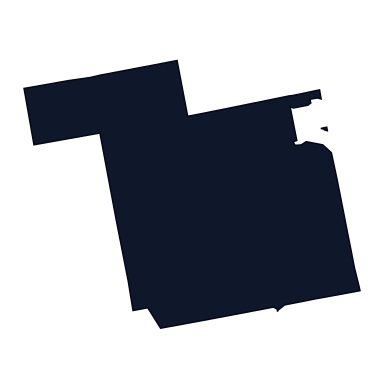 the district of Sandoval, New Mexico, United States of America, rotated 349°
{"feature_id": "52423323B31850175994071", "entity_name": "Sandoval", "entity_type": "district", "adm_level": 2, "iso_a3": "USA", "parent_name": "United States of America", "parent_adm1": "New Mexico", "projection": "orthographic", "projection_center": [-106.623, 35.709], "detail": "fine", "context": "isolated", "style": "filled", "palette": "ink", "viewbox_px": 384, "rotation_deg": 349, "n_neighbors": 0, "source": "geoboundaries", "source_scale": "gbopen_adm2", "svg_char_len": 967}
<svg xmlns="http://www.w3.org/2000/svg" viewBox="0 0 384 384"><g transform="rotate(349 192 192)"><path d="M111.5,297.1L126.5,297.2L135.2,319.7L185.3,320.2L227.6,320.4L234.9,320.5L241.8,320.5L248.8,320.5L249.4,320.5L250.0,320.5L253.3,323.2L253.1,325.7L253.9,324.4L261.2,320.6L262.6,320.5L263.7,320.5L267.9,320.5L282.8,320.5L292.3,320.4L304.4,320.6L338.1,320.9L337.9,314.9L337.0,297.8L337.0,278.7L336.9,261.6L336.9,245.2L336.9,238.9L336.8,207.0L336.3,180.1L329.4,170.7L313.7,164.4L308.3,166.6L302.2,165.9L300.7,162.0L304.7,161.4L304.6,127.0L307.6,128.9L322.3,128.9L325.6,127.3L325.5,123.5L333.1,123.6L336.5,125.3L336.7,116.1L308.3,116.5L306.4,116.2L238.2,116.8L218.4,116.9L206.8,116.9L202.2,116.8L202.4,60.1L166.9,60.0L124.8,59.8L114.1,60.2L91.8,59.1L46.9,58.3L45.9,115.5L112.9,116.5L112.3,206.1L112.4,267.5L111.5,297.1ZM336.6,154.1L330.6,154.2L333.5,155.5L333.9,156.4L336.4,157.5L336.6,158.4L336.6,154.1Z" fill="#0f172a" stroke="#020617" stroke-width="1.5"/></g></svg>